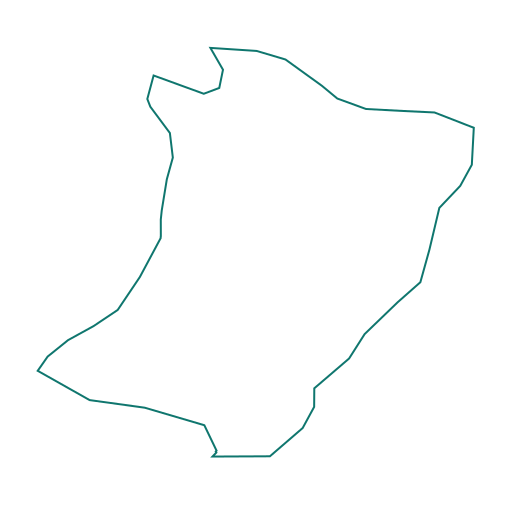 outline of Namdong-gu, Incheon, South Korea, rotated 6°
{"feature_id": "91817680B54049766777888", "entity_name": "Namdong-gu", "entity_type": "district", "adm_level": 2, "iso_a3": "KOR", "parent_name": "South Korea", "parent_adm1": "Incheon", "projection": "mercator", "projection_center": [126.725, 37.421], "detail": "fine", "context": "isolated", "style": "outline", "palette": "teal", "viewbox_px": 512, "rotation_deg": 6, "n_neighbors": 0, "source": "geoboundaries", "source_scale": "gbopen_adm2", "svg_char_len": 762}
<svg xmlns="http://www.w3.org/2000/svg" viewBox="0 0 512 512"><g transform="rotate(6 256 256)"><path d="M159.2,246.8L159.3,248.2L142.7,289.0L124.1,324.1L101.9,342.6L77.9,359.3L59.3,377.8L50.9,393.0L105.6,416.7L161.2,418.5L222.3,429.7L237.1,453.7L236.4,454.6L237.1,455.6L233.7,460.0L285.7,454.3L290.8,453.7L320.4,422.2L329.6,400.0L327.8,381.5L359.3,348.2L372.2,322.3L401.8,287.1L422.2,264.9L427.8,231.6L433.3,189.0L451.8,164.9L461.1,142.7L459.2,105.7L451.1,103.5L418.5,94.6L387.0,96.4L350.0,98.3L320.4,90.9L303.7,79.8L264.8,57.5L235.2,52.0L188.9,53.8L203.7,74.2L201.9,92.7L187.1,100.1L135.3,87.2L131.5,111.2L135.3,118.6L157.5,142.7L163.0,166.8L159.3,189.0L157.5,220.5L157.5,229.7L159.3,246.4L159.2,246.8Z" fill="none" stroke="#0f766e" stroke-width="2"/></g></svg>